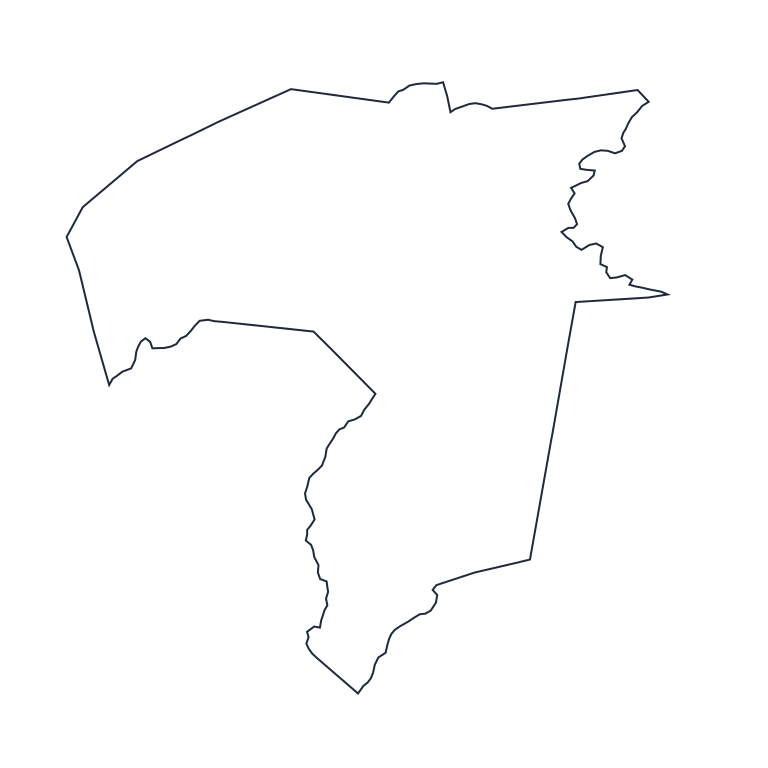 outline of Coreaú, Ceará, Brazil, rotated 353°
{"feature_id": "56859067B53706765399654", "entity_name": "Coreaú", "entity_type": "district", "adm_level": 2, "iso_a3": "BRA", "parent_name": "Brazil", "parent_adm1": "Ceará", "projection": "mercator", "projection_center": [-40.711, -3.684], "detail": "fine", "context": "isolated", "style": "outline", "palette": "slate", "viewbox_px": 768, "rotation_deg": 353, "n_neighbors": 0, "source": "geoboundaries", "source_scale": "gbopen_adm2", "svg_char_len": 2578}
<svg xmlns="http://www.w3.org/2000/svg" viewBox="0 0 768 768"><g transform="rotate(353 384 384)"><path d="M681.1,136.2L671.5,123.1L628.3,124.0L611.0,124.4L600.2,124.2L525.0,124.0L519.9,120.4L515.0,118.3L508.9,116.4L502.8,116.5L496.0,118.0L488.2,119.7L483.1,122.3L481.8,106.1L479.4,91.7L472.8,92.5L460.1,90.4L452.9,90.2L445.5,90.9L438.9,94.4L434.0,95.3L429.2,99.4L423.1,105.3L327.6,80.0L252.2,103.4L222.7,113.6L208.5,118.3L166.3,132.7L161.4,135.9L106.5,171.8L86.9,199.4L95.1,233.8L97.2,251.8L100.2,277.8L102.3,296.3L111.1,351.5L115.3,345.7L119.7,343.5L125.8,339.9L134.9,337.7L139.9,330.0L142.1,321.7L144.5,317.0L148.0,312.2L152.7,309.5L157.0,313.5L158.5,320.4L164.9,320.9L170.0,321.5L176.8,320.9L182.7,319.1L187.7,314.0L193.4,312.2L198.6,307.9L203.4,303.1L208.7,298.8L217.3,298.8L223.3,301.0L229.7,302.3L303.4,319.4L320.5,323.4L336.4,343.6L374.3,392.7L370.6,397.0L366.9,401.7L361.3,407.1L357.3,412.9L350.7,415.6L344.0,416.7L339.1,422.3L334.2,423.6L330.3,427.0L326.9,431.9L322.8,436.7L319.3,440.9L316.9,449.1L312.5,457.4L307.1,461.6L303.0,464.3L298.4,468.1L295.2,476.8L292.3,482.9L292.5,489.3L297.1,499.5L298.6,510.0L294.2,515.3L290.0,519.4L289.3,524.3L287.3,529.9L292.0,534.7L293.4,540.3L293.7,547.2L296.9,555.8L295.4,563.2L296.9,569.8L303.0,573.0L303.0,578.3L303.2,583.5L300.3,590.0L300.8,596.8L297.4,601.2L295.2,606.1L292.8,611.1L290.7,618.0L285.2,616.2L277.4,620.6L278.3,626.0L275.3,632.3L277.1,637.7L280.0,643.0L284.6,648.4L320.5,688.0L326.9,681.0L331.3,678.4L335.2,674.4L338.1,669.0L340.6,661.6L345.1,654.7L352.8,651.0L355.7,643.0L358.1,637.4L361.0,632.8L364.7,629.4L370.6,626.3L379.1,622.8L385.2,619.7L391.5,616.9L397.1,617.0L402.8,614.6L408.9,607.3L411.1,600.0L407.2,594.3L411.5,590.0L427.1,586.9L443.3,583.7L451.5,582.1L492.1,577.8L507.5,576.0L531.6,497.5L543.1,460.1L545.0,454.2L570.4,370.7L579.2,342.2L582.1,332.9L584.2,326.0L657.1,330.4L676.3,329.7L670.5,326.2L663.4,323.9L657.7,322.0L652.7,320.1L645.6,317.8L639.7,315.4L643.2,310.6L636.6,305.3L627.8,306.6L621.4,306.5L618.2,300.2L619.5,295.1L613.4,291.4L614.8,283.2L617.9,274.9L611.8,270.4L604.9,271.0L596.4,274.9L591.6,271.3L588.5,265.4L583.2,260.6L578.7,254.7L586.0,251.5L591.2,252.1L595.1,248.9L593.8,242.8L590.3,234.3L588.8,227.7L592.2,222.8L596.4,218.0L593.6,212.1L599.1,210.3L604.1,208.5L610.7,207.5L617.4,202.6L619.2,197.8L611.9,196.3L605.1,194.4L604.6,189.1L608.3,185.4L613.4,182.6L621.1,179.3L627.7,178.5L634.4,179.8L641.5,183.2L648.5,181.6L652.2,177.4L649.7,169.1L652.2,163.8L655.3,160.0L657.8,155.6L662.5,149.4L668.6,144.9L674.2,139.4L681.1,136.2Z" fill="none" stroke="#1e293b" stroke-width="2"/></g></svg>